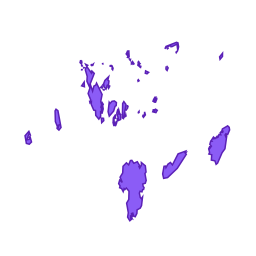 outline of Banggai Laut, Sulawesi Tengah, Indonesia, rotated 188°
{"feature_id": "22746128B78411617556279", "entity_name": "Banggai Laut", "entity_type": "district", "adm_level": 2, "iso_a3": "IDN", "parent_name": "Indonesia", "parent_adm1": "Sulawesi Tengah", "projection": "equal_earth", "projection_center": [123.625, -1.86], "detail": "fine", "context": "isolated", "style": "filled", "palette": "violet", "viewbox_px": 256, "rotation_deg": 188, "n_neighbors": 0, "source": "geoboundaries", "source_scale": "gbopen_adm2", "svg_char_len": 6054}
<svg xmlns="http://www.w3.org/2000/svg" viewBox="0 0 256 256"><g transform="rotate(188 128 128)"><path d="M113.3,36.4L111.4,38.6L111.7,39.9L112.3,40.1L111.6,39.2L112.1,39.4L111.9,38.3L112.4,38.1L113.0,39.7L113.0,41.6L111.6,41.4L112.6,43.8L111.4,44.4L109.9,41.4L108.5,41.1L107.3,44.6L107.6,48.2L104.7,50.4L103.8,53.1L104.0,61.8L105.0,59.9L106.2,60.9L107.7,65.1L107.3,67.0L105.3,66.7L105.0,69.0L104.0,69.3L103.8,71.2L104.9,72.4L105.6,74.6L103.2,75.7L102.7,78.6L104.9,85.3L104.0,86.9L105.6,93.0L110.0,95.7L109.6,92.9L110.8,89.9L111.8,91.4L111.0,92.1L114.1,95.9L117.3,93.9L119.7,96.5L121.1,96.1L122.2,91.6L124.7,93.3L127.6,89.4L127.0,82.8L129.0,78.2L126.1,73.3L129.0,75.3L129.5,71.6L127.8,69.6L128.0,67.7L125.9,67.1L123.9,64.3L123.4,67.4L122.5,66.6L121.3,68.3L118.2,65.5L117.3,57.4L118.9,53.4L115.9,44.1L116.0,39.7L113.3,36.4ZM37.4,107.6L35.7,104.3L34.4,105.7L31.4,116.6L29.1,120.9L29.1,133.6L29.7,134.4L30.0,133.0L30.9,134.6L30.3,135.9L28.4,135.4L27.1,140.2L27.9,142.8L29.6,144.0L34.4,140.2L34.7,137.5L34.2,137.2L34.1,138.1L33.5,138.0L33.7,136.9L34.9,136.8L34.9,137.9L36.1,136.0L35.2,134.2L37.0,134.2L37.5,131.5L38.5,130.8L38.8,131.9L40.2,129.8L41.5,130.6L41.4,128.7L42.3,130.5L43.8,127.3L43.1,126.6L44.3,126.4L44.7,123.2L42.9,121.6L44.0,119.5L44.4,121.4L45.2,118.6L43.8,115.2L44.3,113.5L41.4,113.2L41.0,107.8L37.4,107.6ZM161.7,136.0L158.1,132.7L156.7,135.8L157.4,140.2L156.5,140.0L157.1,144.0L155.8,148.0L157.0,149.4L157.3,144.5L157.8,144.8L157.4,147.3L158.7,150.5L158.3,157.6L165.4,168.1L165.9,166.0L167.6,164.8L168.2,159.6L170.8,164.8L172.3,156.6L168.9,150.7L168.8,149.3L169.7,149.1L169.1,147.5L167.9,148.8L167.7,146.3L164.4,140.9L162.6,140.8L161.7,136.0ZM85.7,83.1L81.9,84.4L73.6,94.9L66.6,110.1L67.7,111.1L67.0,112.1L68.0,111.9L67.6,113.2L74.8,109.4L78.9,97.6L81.2,99.8L83.4,97.8L84.9,94.0L85.5,95.5L87.0,95.1L87.3,87.3L85.7,83.1ZM172.2,163.8L169.0,177.4L171.8,179.5L172.2,179.1L171.8,178.0L171.6,179.1L170.8,178.1L171.9,177.2L176.9,182.7L178.3,181.4L178.3,179.5L175.6,173.5L175.2,168.6L172.2,163.8ZM150.2,150.8L150.0,141.4L148.2,137.1L144.6,142.7L143.8,147.7L142.8,148.5L143.0,151.6L145.3,152.9L147.6,152.2L149.3,149.7L150.2,150.8ZM198.2,117.7L196.1,116.3L194.4,119.2L199.8,135.4L201.9,136.6L202.6,134.8L200.8,124.2L198.5,120.3L196.6,121.5L197.3,117.9L198.2,119.1L198.2,117.7ZM228.9,106.0L226.5,98.6L223.5,98.2L221.6,100.7L223.9,106.1L224.5,104.8L223.5,103.4L226.6,102.1L225.1,109.3L223.3,106.7L225.7,110.9L228.9,106.0ZM155.2,163.5L154.5,167.4L153.3,168.1L153.4,171.9L154.6,172.7L154.3,176.1L157.5,171.9L158.3,168.5L157.3,165.3L155.2,163.5ZM136.7,151.5L135.0,137.2L133.8,136.7L133.3,151.0L135.8,153.6L136.7,151.5ZM102.5,211.6L101.0,213.6L97.9,215.3L95.6,214.8L91.2,217.9L89.5,211.7L89.2,215.4L90.4,219.3L91.9,219.6L101.7,214.1L102.5,211.6ZM139.3,133.6L136.5,135.4L137.1,139.6L138.7,141.0L138.0,141.0L138.6,141.4L139.4,139.9L138.6,142.0L139.8,144.9L140.0,143.2L140.8,144.2L141.2,141.1L139.1,136.7L138.7,134.5L140.3,136.5L139.3,133.6ZM142.4,128.5L140.5,128.9L139.9,131.8L140.1,132.6L140.3,132.7L140.7,129.4L141.6,130.7L141.7,129.2L142.0,132.0L143.3,131.8L142.8,133.1L143.2,135.5L141.9,136.0L142.1,139.7L143.9,135.9L143.5,131.1L142.4,128.5ZM105.8,147.5L102.5,147.1L101.5,149.6L103.4,150.4L104.0,148.6L105.5,149.0L105.8,147.5ZM44.8,215.2L47.2,211.2L46.4,208.8L44.4,212.0L44.8,215.2ZM138.4,201.1L136.7,198.3L137.9,204.4L139.2,204.1L139.8,201.8L139.0,201.0L139.8,200.8L138.5,199.6L138.4,201.1ZM179.8,163.3L176.9,162.8L177.8,167.4L179.8,163.3ZM154.8,129.6L153.0,131.9L153.6,134.2L155.8,134.1L154.8,129.6ZM116.7,184.3L115.3,186.0L118.5,187.0L118.5,184.6L116.7,184.3ZM155.8,138.5L155.2,143.4L156.0,146.0L156.8,143.0L155.8,138.5ZM114.2,140.7L112.6,143.4L113.8,146.3L113.5,142.5L114.5,142.1L114.6,143.4L115.1,141.8L114.2,140.7ZM105.5,157.3L104.3,157.4L103.5,160.7L103.8,162.0L104.1,160.6L104.6,161.6L104.2,158.9L105.8,158.9L105.5,157.3ZM182.9,185.6L182.8,186.7L183.3,188.0L184.4,188.0L184.6,186.1L183.8,185.5L183.6,186.9L182.9,185.6ZM131.9,191.8L131.0,192.4L132.8,194.5L133.2,193.7L131.9,191.8ZM160.8,164.2L159.2,164.0L159.0,164.8L159.8,165.7L160.8,164.2ZM97.3,190.4L96.9,192.1L98.3,191.4L98.8,192.7L98.5,191.4L97.3,190.4ZM151.3,183.5L151.1,185.1L151.8,186.2L152.1,184.2L151.3,183.5ZM173.2,184.6L171.6,185.1L171.3,186.5L173.2,184.6ZM132.1,141.0L132.5,138.8L131.6,139.6L132.1,141.0ZM124.5,175.6L123.6,176.3L124.5,177.3L124.9,176.6L124.5,175.6ZM154.4,186.9L151.9,186.3L152.3,187.1L153.0,187.6L154.2,187.4L154.4,186.9ZM133.5,191.9L132.6,192.7L133.7,193.3L133.5,191.9ZM89.5,211.6L91.0,209.8L90.7,209.3L89.5,211.6ZM158.6,162.8L157.1,162.2L156.9,162.5L158.6,162.8ZM152.3,166.0L152.0,167.0L152.8,167.2L153.2,165.6L152.8,167.0L152.3,166.0ZM131.7,148.1L130.9,149.0L131.8,150.5L131.7,148.1ZM178.8,185.2L177.8,183.7L176.9,184.1L176.6,184.5L178.8,185.2ZM125.7,191.2L125.1,191.0L126.1,193.0L125.7,191.2ZM107.0,158.0L106.1,157.8L106.8,158.9L107.0,158.0ZM135.1,196.2L135.8,195.8L135.1,195.3L135.1,196.2ZM119.4,146.0L120.0,145.0L119.8,144.5L119.2,144.9L119.4,146.0ZM138.4,197.9L137.1,197.6L138.1,198.6L138.4,197.9ZM105.5,161.5L105.0,162.3L105.6,162.2L105.5,161.5ZM125.1,190.1L124.0,189.7L123.8,191.6L124.2,189.8L125.1,190.1ZM182.7,179.2L181.7,179.1L181.2,180.0L181.8,179.3L182.7,179.2ZM127.0,194.9L125.9,194.4L126.8,195.3L127.0,194.9ZM158.5,168.0L159.0,167.2L158.6,166.8L158.5,168.0ZM153.2,165.4L152.8,164.6L152.4,165.5L153.2,165.4ZM182.5,183.1L181.5,182.7L182.8,184.2L182.5,183.1ZM99.5,212.7L100.5,211.4L98.9,213.0L99.5,212.7ZM126.9,191.4L126.1,191.0L127.0,193.4L126.9,191.4ZM132.2,146.3L132.6,144.9L131.8,146.5L132.2,146.3ZM125.4,192.9L125.0,193.4L125.8,193.9L125.4,192.9ZM106.3,160.4L105.5,160.4L106.1,161.0L106.3,160.4ZM162.7,187.9L161.8,188.0L161.9,188.3L162.7,187.9ZM173.1,185.7L173.6,184.7L172.7,185.6L173.1,185.7ZM180.1,181.8L180.6,180.8L179.8,181.7L180.1,181.8ZM105.2,149.6L104.9,149.3L104.5,149.8L105.2,149.6ZM97.0,193.5L96.8,192.7L96.6,192.4L96.7,193.2L97.0,193.5ZM96.8,214.5L97.3,214.1L96.7,214.4L96.8,214.5ZM98.8,193.7L98.8,192.8L98.5,193.8L98.8,193.7ZM126.9,194.4L127.1,194.3L127.0,193.7L126.9,194.4Z" fill="#8b5cf6" stroke="#5b21b6" stroke-width="1.5"/></g></svg>